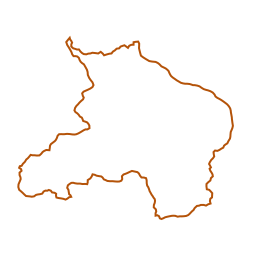 the district of Galiléia, Minas Gerais, Brazil, rotated 186°
{"feature_id": "56859067B11890603892826", "entity_name": "Galiléia", "entity_type": "district", "adm_level": 2, "iso_a3": "BRA", "parent_name": "Brazil", "parent_adm1": "Minas Gerais", "projection": "albers", "projection_center": [-41.52, -18.889], "detail": "fine", "context": "isolated", "style": "outline", "palette": "amber", "viewbox_px": 256, "rotation_deg": 186, "n_neighbors": 0, "source": "geoboundaries", "source_scale": "gbopen_adm2", "svg_char_len": 4325}
<svg xmlns="http://www.w3.org/2000/svg" viewBox="0 0 256 256"><g transform="rotate(186 128 128)"><path d="M212.4,51.9L210.6,52.5L208.5,53.0L206.4,53.8L205.3,56.0L203.6,57.1L201.7,57.2L200.3,58.1L198.2,57.6L196.8,56.0L194.2,55.9L192.6,55.1L192.5,53.0L191.9,51.4L190.0,51.1L187.1,51.0L184.8,50.8L182.6,50.3L180.8,51.5L179.3,53.0L177.3,53.6L178.2,55.1L179.6,56.0L180.2,58.1L180.8,60.3L182.2,62.1L181.8,64.7L180.3,66.2L178.6,67.5L176.8,67.8L174.9,67.5L172.7,67.4L170.0,67.7L167.5,67.5L164.7,67.9L162.7,67.9L162.4,69.7L162.6,72.0L160.2,73.9L159.0,76.1L158.4,78.2L156.2,78.0L154.3,77.3L151.8,77.1L149.5,77.0L148.1,76.1L146.7,74.4L144.9,73.9L143.0,73.2L140.1,73.2L137.4,73.5L135.2,73.5L133.0,73.6L131.0,73.9L129.1,74.9L128.4,76.7L129.0,79.4L127.6,81.3L125.7,82.2L124.0,83.1L121.9,84.4L119.6,85.7L116.8,85.4L114.0,85.1L112.4,83.9L111.0,81.8L109.4,80.2L107.1,80.4L104.8,80.0L104.0,78.0L103.6,75.0L102.9,72.7L101.7,71.3L100.7,69.4L99.9,67.5L98.6,65.7L97.6,64.2L96.4,62.9L95.3,61.4L94.0,60.1L93.5,58.4L93.6,56.3L94.2,54.2L94.1,51.8L91.8,50.0L91.2,47.9L91.7,46.2L91.4,43.7L89.8,44.3L87.9,43.5L86.9,41.5L85.2,41.0L83.5,41.9L81.7,43.1L80.1,43.7L78.0,44.4L75.4,45.2L73.8,45.5L71.9,45.6L69.3,45.0L67.2,45.6L65.6,45.7L63.2,46.1L61.0,46.6L59.0,47.7L57.8,49.0L56.6,50.6L55.5,52.0L54.3,53.2L53.3,55.4L51.3,57.7L49.2,58.2L47.5,59.1L44.6,59.4L42.3,59.0L40.3,60.5L38.0,61.5L38.9,63.9L38.7,66.3L37.2,67.7L37.3,69.9L37.4,72.0L38.9,73.4L40.8,75.0L43.2,75.3L43.9,78.3L44.1,80.5L42.5,82.5L40.6,84.4L40.3,86.8L38.6,88.8L39.1,90.7L40.1,92.2L41.6,94.0L42.6,96.0L41.4,97.5L42.5,99.2L43.6,100.7L43.1,102.4L41.9,104.9L40.4,106.7L39.3,108.7L40.0,111.0L40.4,113.0L39.1,114.7L36.7,114.6L34.7,115.8L32.9,117.3L31.2,118.4L30.6,120.5L29.3,121.8L27.6,123.1L26.8,125.4L25.5,128.1L25.3,129.9L25.4,132.4L25.4,134.8L24.8,136.7L24.2,138.8L23.9,141.1L24.7,144.1L25.2,146.2L25.6,147.9L25.9,149.6L26.6,152.0L27.3,154.3L27.6,155.9L28.4,158.1L29.9,160.1L31.7,161.8L33.1,162.7L35.8,164.3L38.2,165.6L40.2,166.5L42.3,167.3L44.3,168.5L45.4,170.3L47.4,172.1L49.9,173.2L52.4,173.8L54.5,174.1L56.8,174.6L59.1,175.7L61.2,176.9L63.5,177.4L66.0,177.6L67.8,177.4L69.8,177.9L71.4,178.2L73.7,178.2L75.9,178.0L77.8,178.1L80.1,178.5L82.5,179.6L84.5,180.5L86.6,181.7L88.8,182.9L90.6,184.2L91.7,185.6L92.7,187.2L93.6,188.9L94.9,190.0L96.8,191.2L98.7,191.9L101.2,192.8L103.4,194.7L105.2,195.8L107.4,196.6L111.1,196.6L113.9,196.8L115.6,197.6L117.4,198.4L119.0,199.2L120.4,199.9L122.7,201.3L123.7,203.8L124.8,206.8L125.4,208.6L125.5,210.6L125.7,213.1L126.9,215.0L129.4,214.5L131.4,213.9L131.2,211.4L133.4,211.1L135.4,209.9L136.4,207.7L138.4,208.9L140.2,209.9L142.0,209.1L143.9,208.2L145.1,206.3L147.6,205.7L149.2,203.8L151.0,202.4L152.2,200.4L154.4,199.9L156.7,199.0L159.4,197.8L160.9,199.4L163.1,200.9L165.4,199.0L168.1,199.1L171.3,199.1L173.2,198.2L175.3,197.8L177.2,196.9L179.8,196.9L181.6,197.8L183.3,199.1L185.0,201.0L186.9,200.7L188.9,201.2L190.8,201.5L192.9,203.1L193.1,205.3L192.5,207.0L193.6,208.8L194.8,210.0L195.4,211.6L196.9,209.4L198.4,207.0L197.1,204.2L195.4,202.1L194.0,200.2L193.0,198.8L192.0,197.3L191.3,195.6L189.7,193.8L187.6,194.0L185.9,193.8L184.2,192.6L183.2,190.5L182.0,188.9L180.4,187.7L178.5,186.7L177.5,185.3L176.5,183.9L174.9,181.6L174.0,179.4L173.5,176.6L171.8,173.7L170.2,171.8L168.1,169.7L166.8,167.1L167.6,165.0L169.6,163.3L172.0,161.8L174.3,160.5L176.0,159.5L177.2,157.7L176.3,155.3L175.2,153.6L175.7,151.8L177.6,149.8L179.0,148.1L180.2,146.3L181.6,144.6L182.7,142.5L183.1,139.9L181.9,138.3L180.0,137.3L178.4,136.0L177.1,134.4L175.0,133.5L174.1,132.0L173.3,130.3L171.4,129.9L169.4,129.4L168.0,128.2L166.7,126.4L166.3,123.8L168.2,122.4L170.1,122.2L171.9,121.1L174.1,119.4L176.0,118.0L177.4,117.1L179.0,116.3L180.7,115.9L182.7,115.8L185.2,115.9L188.0,115.8L191.1,115.1L193.9,114.9L195.9,114.6L197.2,112.9L197.7,110.6L198.5,108.6L199.4,107.3L201.1,105.7L203.0,103.9L203.7,102.3L203.7,100.2L203.8,97.7L207.0,97.6L209.0,96.4L210.4,95.2L211.5,93.4L213.2,91.5L215.7,91.1L218.0,91.1L220.2,90.9L222.0,91.1L223.5,88.8L224.5,87.4L225.9,86.0L227.0,83.6L228.8,81.4L229.8,79.3L231.6,78.7L232.1,77.0L230.0,75.9L229.4,74.3L231.2,72.3L230.9,69.8L229.8,67.8L229.4,66.0L229.9,64.1L230.5,62.2L231.0,60.5L230.9,57.8L229.8,55.2L227.9,53.9L226.1,52.6L224.1,51.0L222.3,49.7L220.0,49.7L218.2,49.7L216.5,49.6L214.3,50.2L212.4,51.9Z" fill="none" stroke="#b45309" stroke-width="2"/></g></svg>